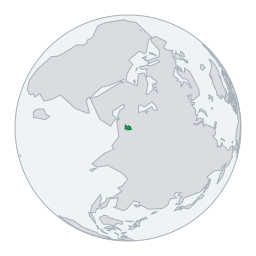 Nimroz on an orthographic globe, rotated 80°
{"feature_id": "AFG-1751", "entity_name": "Nimroz", "entity_type": "Province", "adm_level": 1, "iso_a3": "AFG", "parent_name": "Afghanistan", "parent_adm1": "", "projection": "orthographic", "projection_center": [62.416, 30.83], "detail": "fine", "context": "on_globe", "style": "filled", "palette": "green", "viewbox_px": 256, "rotation_deg": 80, "n_neighbors": 0, "source": "natural_earth", "source_scale": "10m", "svg_char_len": 11073}
<svg xmlns="http://www.w3.org/2000/svg" viewBox="0 0 256 256"><g transform="rotate(80 128 128)"><circle cx="128" cy="128" r="113" fill="#eef3f6" stroke="#a8b0b8"/><path d="M144.9,16.6L155.0,19.1L160.4,20.5L157.5,19.9L169.2,23.4L176.1,26.5L166.9,22.7L165.0,22.2L169.0,23.9L167.8,23.8L169.1,24.7L167.3,24.5L162.1,22.6L160.8,22.6L163.8,23.9L163.8,24.7L159.7,22.8L159.4,24.2L150.7,22.0L141.1,18.1L134.9,17.9L121.4,16.8L121.3,17.2L116.1,17.5L114.0,18.1L112.1,18.0L112.1,18.7L114.2,18.7L114.9,19.1L113.8,19.6L111.2,19.4L111.4,19.2L110.1,19.4L109.2,19.2L109.0,19.6L106.0,19.5L107.4,20.4L103.7,21.0L102.1,20.8L104.4,19.7L106.3,17.7L105.4,17.7L101.9,18.4L90.8,21.7L89.4,22.2L97.1,19.7L104.9,17.8L112.8,16.4L120.8,15.6L128.9,15.4L136.9,15.7L144.9,16.6ZM84.9,23.9L88.1,22.7L87.2,23.3L91.2,22.0L91.5,22.2L94.7,21.6L92.0,23.0L87.5,24.7L84.6,25.3L82.6,26.2L83.5,26.8L76.4,29.5L68.6,34.2L67.0,34.9L67.2,33.8L71.9,30.5L72.0,30.3L84.9,23.9ZM71.1,30.8L69.6,31.8L65.7,34.2L64.1,35.3L62.9,36.1L63.5,35.9L61.7,37.1L62.8,36.2L64.6,34.9L64.8,34.8L71.1,30.8ZM164.5,21.7L162.2,20.9L164.9,21.8L164.5,21.7ZM169.5,24.9L170.6,25.2L170.8,25.6L169.5,24.9ZM96.0,21.0L95.4,21.3L95.1,21.3L96.0,21.0ZM98.1,20.5L98.2,20.3L99.2,20.0L98.1,20.5ZM168.3,25.7L168.3,26.3L167.4,25.3L168.3,25.7ZM97.7,21.0L100.9,19.6L102.6,19.2L103.7,19.6L97.7,21.0ZM167.8,26.4L167.9,28.3L170.2,29.0L163.8,28.1L165.8,26.7L164.3,25.3L166.3,26.2L167.8,26.4ZM115.3,18.5L113.0,18.5L115.9,18.1L115.3,18.5ZM117.0,18.2L124.9,16.9L127.8,17.4L124.6,17.6L129.1,18.0L126.6,18.8L123.6,18.8L122.2,18.3L122.3,19.0L117.0,18.2ZM160.3,27.5L159.5,27.8L159.3,27.1L160.3,27.5ZM115.4,19.2L116.7,18.8L119.3,19.1L117.1,20.0L117.0,19.6L115.4,19.2ZM131.5,17.8L133.1,18.3L131.5,19.1L131.9,19.4L126.8,18.9L131.5,17.8ZM115.9,19.8L115.9,20.4L113.7,20.8L114.2,19.6L115.9,19.8ZM120.9,18.9L122.1,19.1L120.7,19.3L120.9,18.9ZM106.0,22.8L107.6,22.1L109.1,22.2L106.0,22.8ZM116.1,20.7L116.9,20.6L117.6,20.6L117.2,21.1L116.1,20.7ZM126.1,19.5L125.1,19.8L128.1,19.8L127.0,20.5L123.8,20.0L124.7,20.5L124.4,20.8L122.2,20.2L126.1,19.5ZM119.1,21.7L114.7,21.7L111.5,22.8L110.1,22.7L115.5,21.0L119.1,21.7ZM121.1,20.8L119.5,21.3L118.6,20.9L119.0,20.3L121.1,20.8ZM127.4,21.2L129.9,20.2L130.5,20.3L127.4,21.2ZM118.4,22.1L119.4,22.1L118.2,22.2L118.4,22.1ZM124.8,21.5L125.6,21.1L126.3,21.3L124.8,21.5ZM120.9,22.6L119.5,22.5L119.8,22.0L120.9,22.6ZM122.9,22.1L123.6,22.5L120.7,21.9L123.1,21.9L122.9,22.1ZM125.4,21.7L126.0,21.7L124.9,21.9L125.4,21.7ZM120.7,24.5L117.0,23.9L117.6,22.8L121.1,23.5L120.7,24.5ZM20.4,132.1L20.7,113.1L23.1,108.8L25.3,101.8L43.0,88.8L44.8,92.5L56.6,97.0L57.7,98.8L54.2,103.7L61.2,115.5L66.1,112.2L74.6,119.7L81.7,121.7L88.0,111.8L76.5,108.3L76.6,102.5L87.6,100.8L98.0,104.2L98.4,102.1L93.6,95.9L97.8,92.9L92.1,93.5L93.1,96.1L89.5,96.6L88.5,94.4L90.0,93.3L87.4,91.5L80.7,97.5L81.0,100.7L73.0,99.3L72.6,104.7L69.8,106.2L69.4,97.7L70.8,95.2L68.4,85.0L66.2,87.4L68.3,97.4L66.8,96.0L63.8,99.9L64.9,95.9L63.2,84.9L57.2,83.5L46.4,90.1L43.6,88.9L42.6,84.8L49.8,75.2L55.3,79.1L57.9,76.2L59.5,70.2L61.1,72.1L62.4,70.3L64.8,71.7L70.8,69.2L73.6,70.2L78.6,65.3L80.7,65.3L77.2,68.1L76.2,70.9L83.5,74.0L85.7,73.4L88.3,70.0L90.0,71.5L91.6,67.9L97.1,68.3L91.8,64.9L94.7,61.4L99.5,59.7L99.5,58.0L91.8,60.8L89.6,62.6L89.2,65.0L82.4,69.9L79.3,69.7L82.9,62.7L78.9,61.9L83.4,57.2L101.4,51.7L107.6,51.8L112.3,59.3L109.3,61.1L106.2,59.2L106.7,64.2L107.8,62.2L109.2,63.6L112.4,60.9L113.5,61.8L114.6,57.9L116.4,58.7L115.7,61.2L121.9,58.4L126.2,59.5L127.1,58.5L126.7,57.1L132.5,59.7L132.8,58.8L131.1,57.6L130.7,55.2L132.3,52.2L134.2,53.2L133.9,54.5L136.1,58.9L135.0,62.3L135.9,62.5L137.3,59.8L134.6,54.4L135.1,52.2L136.8,54.6L136.2,53.5L137.0,52.8L139.5,53.2L137.8,50.6L144.0,42.6L149.6,43.0L150.5,45.7L156.8,42.2L162.6,43.5L161.0,42.3L162.9,40.3L161.1,39.8L160.5,39.1L164.7,34.5L167.1,34.4L167.1,31.7L166.3,31.2L164.5,31.0L163.8,28.1L170.2,29.0L171.8,30.2L174.7,30.3L177.8,32.9L181.8,35.4L183.5,38.8L186.5,40.7L187.3,40.5L191.9,43.3L198.7,50.1L189.6,45.2L178.8,36.6L182.9,40.0L180.9,39.5L181.7,41.0L184.7,43.5L185.7,43.6L185.0,50.3L190.1,58.9L192.3,56.9L195.7,58.3L203.4,67.8L206.6,84.8L211.1,88.1L212.6,91.1L211.6,94.2L209.3,89.9L206.5,89.4L205.3,86.7L202.9,90.6L201.1,86.9L200.0,92.1L202.6,94.5L205.4,92.1L205.2,98.6L210.6,102.1L213.3,108.2L211.5,122.2L206.4,128.4L206.5,130.6L203.4,129.4L200.9,134.7L208.0,143.9L208.4,147.2L203.6,155.5L203.2,153.2L195.0,150.0L194.6,158.1L200.9,162.4L203.1,168.8L198.8,168.2L196.4,162.5L193.5,161.2L193.4,154.4L189.4,145.2L185.0,148.4L184.6,144.3L178.4,137.1L171.6,141.4L161.3,154.3L161.2,164.8L157.1,169.8L148.9,155.8L146.6,145.7L142.7,146.9L135.0,138.5L119.1,137.8L117.7,135.0L114.5,136.1L109.2,132.9L107.2,128.2L103.7,128.1L109.0,140.5L113.0,140.6L117.4,136.4L118.0,140.7L123.3,144.6L114.6,154.1L92.3,160.1L91.5,152.1L81.7,127.6L82.7,125.2L82.7,124.9L82.7,124.4L80.4,128.1L79.2,123.2L83.0,140.1L83.0,146.7L92.0,160.5L90.8,161.5L94.1,164.5L106.4,163.2L106.2,165.8L99.5,176.6L83.7,188.8L86.7,198.7L86.9,206.1L78.8,208.9L81.4,214.5L77.5,215.1L78.5,217.9L76.4,219.8L72.2,220.4L63.2,216.6L61.2,214.0L54.4,207.0L44.4,190.7L45.1,185.4L43.7,179.7L37.3,164.1L38.6,157.8L37.3,153.8L34.3,152.6L33.0,147.8L31.3,146.4L22.2,140.0L20.4,132.1ZM34.7,97.7L33.6,99.7L34.7,97.7ZM107.6,113.5L114.7,115.0L113.9,107.8L116.6,107.8L115.4,105.5L113.9,107.2L111.1,100.9L115.1,99.4L115.5,96.4L113.1,95.8L106.3,99.6L110.1,108.6L107.4,111.1L107.6,113.5ZM65.6,34.2L65.4,34.4L64.0,35.4L65.6,34.2ZM61.1,38.7L58.2,40.6L60.3,39.0L59.9,39.0L63.8,35.8L66.4,35.2L64.6,35.9L61.1,38.7ZM69.8,31.8L67.0,33.6L70.0,31.7L69.8,31.8ZM67.5,59.9L67.4,61.7L65.2,63.3L61.6,62.8L64.8,60.3L67.5,59.9ZM67.8,63.9L72.3,57.6L74.7,57.9L72.6,58.7L73.7,59.6L70.6,61.2L68.5,68.1L66.4,70.0L61.0,67.5L63.9,67.1L63.8,65.3L67.8,63.9ZM79.6,43.3L81.6,41.3L84.2,44.5L82.0,46.1L78.3,45.4L78.7,43.2L79.6,43.3ZM98.9,22.3L99.5,21.8L100.2,21.8L100.3,22.2L98.9,22.3ZM106.6,22.5L97.1,24.6L97.3,24.1L91.4,26.3L89.6,25.9L93.5,24.4L87.8,25.9L90.5,24.4L86.6,25.7L95.3,22.4L97.5,21.4L95.7,22.7L97.3,23.0L98.6,22.8L104.1,21.7L109.7,19.9L112.2,20.2L112.4,21.0L111.5,21.4L110.2,21.0L109.8,22.0L107.2,21.7L106.6,22.5ZM113.8,32.9L112.8,31.6L111.6,34.7L108.9,34.0L109.0,34.4L106.2,34.7L103.0,35.8L102.1,35.3L101.2,36.0L99.4,36.3L97.8,37.1L95.7,36.5L93.7,37.5L93.9,36.7L90.9,38.7L92.2,37.0L89.9,37.4L89.9,38.8L82.3,34.9L78.1,35.1L74.0,36.3L76.7,33.6L82.3,30.9L88.9,28.9L92.5,29.3L93.1,28.2L95.0,28.1L93.7,29.0L96.8,27.6L98.0,27.8L103.9,26.9L107.5,25.0L109.7,24.8L108.9,25.6L111.7,24.8L111.7,26.4L113.3,26.3L114.9,27.9L112.4,29.9L114.3,29.6L115.6,31.0L113.8,32.9ZM121.0,24.9L118.7,27.1L116.1,27.9L114.4,24.8L113.0,24.7L111.8,23.1L115.6,22.0L115.6,22.6L116.4,22.9L114.9,23.1L116.8,23.1L116.8,23.9L118.3,24.3L117.1,24.9L121.0,24.9ZM60.3,97.6L61.4,98.4L63.4,99.1L61.5,101.7L60.3,97.6ZM59.0,90.1L60.1,90.3L58.5,94.0L57.4,93.2L59.0,90.1ZM62.2,87.4L60.3,90.0L60.7,88.2L62.2,87.4ZM78.4,68.2L79.9,68.4L79.5,69.3L78.0,70.2L78.4,68.2ZM109.7,43.1L109.5,41.9L110.3,41.7L112.1,39.2L114.1,39.7L113.9,41.4L109.7,43.1ZM85.3,113.1L82.4,114.5L81.7,113.2L82.8,113.0L85.3,113.1ZM70.8,108.1L73.4,110.6L70.3,108.8L70.8,108.1ZM112.3,43.2L112.8,42.1L113.5,43.1L112.3,43.2ZM115.7,40.0L116.8,40.9L114.6,39.5L115.7,40.0ZM136.5,238.5L138.0,238.8L136.0,238.9L136.5,238.5ZM105.5,207.9L101.0,219.3L95.8,218.5L93.7,214.9L94.6,207.7L100.3,206.4L102.8,203.1L105.5,207.9ZM220.7,175.4L222.4,174.6L222.3,175.0L220.7,175.4ZM218.9,175.2L221.1,174.0L218.4,176.4L218.9,175.2ZM221.9,173.5L224.1,171.1L225.0,169.8L224.8,170.8L221.9,173.5ZM217.3,176.2L208.1,180.9L204.2,181.5L205.3,179.5L211.6,177.0L217.3,176.2ZM205.0,179.6L198.8,177.5L188.9,167.0L192.4,166.2L202.5,171.1L201.9,172.8L205.7,174.8L205.0,179.6ZM219.3,164.3L218.6,168.8L213.7,171.2L211.3,171.7L209.8,167.0L210.7,163.8L212.6,162.9L219.3,149.4L221.8,150.4L220.0,155.7L222.0,158.3L219.3,164.3ZM161.8,165.7L164.8,171.2L162.5,172.6L161.8,165.7ZM221.2,141.0L219.0,146.9L220.7,139.7L221.2,141.0ZM221.7,134.7L222.2,136.7L220.8,135.3L221.7,134.7ZM207.2,133.7L205.1,135.2L204.7,133.6L207.1,130.8L207.2,133.7ZM215.4,113.5L216.8,118.1L216.9,119.9L215.3,117.6L215.4,113.5ZM130.7,47.7L125.9,50.5L123.8,53.2L124.8,55.7L121.4,53.5L124.6,49.3L130.7,47.7ZM142.2,43.1L141.3,41.2L143.0,41.4L143.5,41.9L142.2,43.1ZM140.7,42.3L137.1,41.1L137.5,39.7L140.2,40.9L140.7,42.3ZM124.6,41.7L123.0,42.4L122.4,41.6L124.6,41.7ZM217.1,196.9L204.1,210.3L202.0,211.4L204.5,208.7L206.5,203.3L207.4,202.8L209.3,198.3L218.4,189.0L225.5,176.9L228.3,174.6L231.8,166.1L234.0,163.4L232.1,169.3L232.9,169.0L237.0,155.7L236.2,159.4L233.5,167.4L230.3,175.2L226.4,182.8L222.1,190.0L217.1,196.9ZM225.0,172.7L227.7,167.6L228.9,166.3L225.0,172.7ZM238.6,149.1L238.6,148.5L237.5,153.4L235.7,156.7L236.5,153.9L236.6,151.5L234.0,154.1L233.4,152.9L234.6,150.3L232.5,151.1L234.9,147.6L235.6,150.5L236.8,145.8L238.3,143.8L239.3,142.4L239.6,143.0L239.4,144.8L239.3,145.4L238.6,149.1ZM234.3,156.4L234.7,155.9L234.2,157.5L234.3,156.4ZM239.8,141.5L239.8,141.8L240.0,140.1L239.8,141.5ZM229.6,158.0L229.4,159.2L228.7,159.0L229.6,158.0ZM230.6,156.5L232.5,155.7L230.3,157.6L230.6,156.5ZM223.3,158.4L224.0,160.5L226.4,157.1L224.6,160.9L226.0,164.0L225.3,166.0L224.0,162.5L223.1,167.8L222.0,168.4L221.7,164.7L222.9,158.8L224.0,156.0L228.2,152.0L223.3,158.4ZM230.6,153.3L230.1,150.7L230.4,148.2L231.1,149.3L230.6,153.3ZM227.9,144.7L225.8,142.4L224.3,145.0L226.9,137.4L228.5,140.9L227.9,144.7ZM225.5,137.8L224.1,140.2L225.2,136.0L225.5,137.8ZM223.5,139.2L222.9,136.8L224.2,136.2L223.5,139.2ZM226.3,137.3L225.8,132.8L226.8,134.9L226.3,137.3ZM221.3,131.4L224.8,133.8L221.0,134.4L218.9,126.1L220.4,124.9L221.3,131.4ZM217.4,91.9L216.0,89.8L216.8,88.3L217.5,90.1L217.4,91.9ZM218.0,82.3L216.5,87.2L215.0,91.6L216.4,92.0L217.7,96.5L214.7,93.8L214.4,87.9L215.8,85.3L214.3,81.8L214.2,78.4L211.5,74.6L211.0,72.4L213.8,75.1L218.0,82.3ZM210.3,73.1L205.6,66.3L207.9,65.4L209.4,66.7L210.6,70.2L209.3,70.4L210.3,73.1ZM205.1,64.5L203.8,64.7L194.1,56.9L192.7,55.1L201.3,60.1L200.5,60.7L202.5,62.9L205.1,64.5ZM160.7,28.2L159.7,27.8L160.8,27.9L160.7,28.2ZM159.5,38.9L158.8,38.0L160.1,38.0L159.5,38.9ZM157.7,35.5L156.7,36.1L157.0,35.0L157.7,35.5ZM154.4,37.8L155.9,36.2L155.6,38.4L154.4,37.8Z" fill="#d9dde1" stroke="#a8b0b8" stroke-width="1"/><path d="M125.3,129.9L125.6,129.6L125.8,129.3L126.0,129.2L126.2,128.8L126.4,128.7L126.6,128.4L126.8,128.2L127.0,128.0L127.0,127.9L127.0,127.7L127.0,127.4L126.9,127.4L126.9,127.2L126.8,126.9L126.7,126.9L126.7,126.7L126.8,126.6L126.7,126.6L126.8,126.5L126.9,126.4L127.0,126.3L127.0,126.2L127.1,125.9L127.3,125.8L127.3,125.7L128.0,125.6L128.3,125.6L128.5,125.8L128.7,125.7L128.8,125.7L129.0,125.7L129.1,125.4L129.2,125.2L129.3,125.2L129.5,125.2L129.8,125.3L129.9,125.5L129.8,125.9L129.7,126.0L129.6,126.7L129.6,126.9L129.6,127.0L129.6,127.4L129.5,127.5L129.4,127.6L129.2,127.8L129.2,128.0L129.3,128.1L129.2,128.1L129.1,128.3L129.1,128.5L129.0,128.8L128.9,128.9L128.9,129.0L128.7,129.2L128.6,129.3L128.6,129.5L128.5,129.8L128.3,130.8L128.1,130.8L127.9,130.8L127.8,130.7L127.6,130.7L127.3,130.6L127.2,130.5L126.9,130.4L126.6,130.3L126.3,130.2L126.2,130.2L125.9,130.1L125.6,130.0L125.4,129.9L125.3,129.9Z" fill="#22c55e" stroke="#15803d" stroke-width="1.5"/></g></svg>